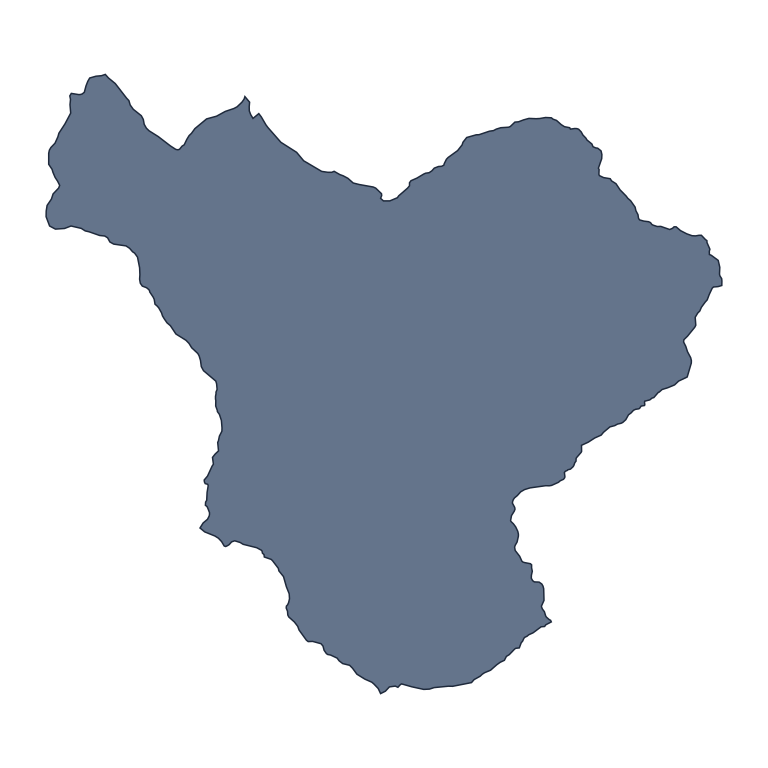 Sombey, Ha, Bhutan
{"feature_id": "84629894B88569366969401", "entity_name": "Sombey", "entity_type": "district", "adm_level": 2, "iso_a3": "BTN", "parent_name": "Bhutan", "parent_adm1": "Ha", "projection": "mercator", "projection_center": [89.094, 27.205], "detail": "fine", "context": "isolated", "style": "filled", "palette": "slate", "viewbox_px": 768, "rotation_deg": 0, "n_neighbors": 0, "source": "geoboundaries", "source_scale": "gbopen_adm2", "svg_char_len": 6074}
<svg xmlns="http://www.w3.org/2000/svg" viewBox="0 0 768 768"><path d="M155.0,304.2L157.0,305.9L158.7,307.8L161.5,312.8L162.5,315.9L164.3,318.9L167.0,322.8L170.4,325.7L175.9,334.0L186.0,340.3L189.0,343.4L191.7,347.8L197.8,353.5L199.1,355.8L200.5,360.5L201.3,366.6L203.5,370.7L215.8,381.1L216.6,383.8L217.1,389.4L216.0,392.1L216.0,393.9L215.5,396.3L215.5,399.1L215.8,400.4L215.7,406.0L217.3,410.4L217.4,411.6L219.4,414.4L221.4,420.5L222.0,427.9L221.9,431.2L219.4,436.1L218.4,440.9L217.7,442.4L218.5,450.9L215.1,454.1L212.5,457.4L213.4,464.2L212.1,466.1L207.5,476.1L204.2,480.0L204.4,481.9L205.2,483.6L207.7,484.3L208.2,485.7L207.1,492.3L206.7,500.3L205.6,502.1L205.4,505.3L207.0,506.5L207.8,508.2L209.5,512.6L209.5,514.4L209.2,516.0L207.5,519.3L203.1,523.0L200.0,528.0L204.7,531.9L214.9,536.0L218.4,538.2L221.6,541.6L224.2,546.0L225.7,546.5L227.6,545.6L229.2,544.6L231.6,541.9L234.7,540.8L240.2,542.5L243.1,544.3L256.7,547.7L261.3,550.2L262.1,551.2L262.4,553.1L264.0,554.6L264.3,557.0L271.2,559.4L272.6,560.8L278.3,568.3L278.9,570.9L283.5,576.6L286.4,586.8L289.2,593.8L289.5,598.8L288.6,602.6L287.6,604.8L286.4,606.1L286.2,608.0L287.5,611.2L287.8,615.0L288.8,617.0L294.4,622.0L297.7,626.3L299.1,630.1L306.4,640.2L308.2,641.6L312.6,641.4L321.0,643.7L323.0,646.1L324.1,650.3L326.4,653.6L327.7,654.5L330.5,655.0L337.1,658.1L339.1,660.8L342.7,663.6L349.6,665.3L352.5,668.2L356.9,674.2L364.8,679.1L371.8,682.2L373.9,684.0L378.2,688.5L380.6,693.6L385.4,691.2L389.4,686.9L395.3,686.1L397.9,687.3L400.4,684.6L401.6,683.9L411.8,686.8L423.7,689.4L429.5,689.1L434.1,687.6L448.5,686.2L452.7,686.3L471.5,682.6L474.1,679.6L480.2,676.2L482.3,674.2L484.6,672.7L490.6,670.2L496.7,664.8L500.2,662.3L504.4,660.3L506.4,656.4L509.3,654.6L514.7,649.0L515.8,648.3L519.3,647.9L521.2,642.8L522.6,641.2L523.9,638.3L524.8,637.3L527.1,636.2L528.7,634.8L533.1,632.8L541.1,626.8L544.6,626.5L545.8,624.8L551.3,621.9L550.6,620.3L549.1,619.5L546.4,617.1L545.7,616.0L544.4,611.7L542.4,609.0L541.5,606.8L541.5,606.0L544.0,600.4L543.7,588.7L543.0,586.1L541.8,584.0L539.1,582.1L534.3,581.9L532.6,580.6L531.3,578.2L531.4,575.3L532.3,571.3L531.6,567.8L531.6,564.8L530.4,563.7L524.7,562.6L523.0,562.1L521.9,561.2L519.7,556.3L515.2,550.5L514.6,547.1L515.2,545.3L517.1,542.0L518.4,536.1L518.4,534.1L517.8,531.4L515.7,526.9L513.4,523.8L510.9,521.4L510.6,520.5L511.5,515.6L514.3,511.1L515.0,509.2L514.7,507.4L512.4,503.1L512.7,501.2L513.4,499.5L514.5,497.9L517.3,495.6L520.6,491.9L524.5,489.6L530.0,487.9L545.7,485.7L549.3,485.8L551.6,485.4L558.5,482.3L560.2,480.8L563.5,479.3L564.7,477.7L564.9,476.6L564.4,472.5L565.3,471.3L567.3,470.4L567.8,469.8L570.5,469.1L573.0,466.8L573.8,465.6L574.8,462.7L576.0,461.2L576.1,458.4L576.6,457.6L581.1,452.4L581.6,451.4L581.5,445.3L588.4,442.1L594.7,438.0L601.2,435.1L603.5,432.3L609.9,426.9L614.8,425.6L617.5,424.1L621.0,423.3L622.7,422.5L625.8,419.7L628.5,414.8L631.0,413.0L633.5,410.3L635.6,409.3L638.9,408.8L639.7,408.2L641.1,406.1L644.5,405.5L644.8,404.8L644.5,402.1L644.7,401.2L649.8,399.9L652.2,398.0L653.8,397.6L658.4,392.3L659.2,392.1L662.1,389.5L667.6,387.8L674.6,384.9L678.6,381.1L687.2,377.0L691.3,363.1L691.4,360.7L690.7,357.7L687.5,351.7L685.8,346.4L683.6,342.0L683.9,339.7L687.5,336.2L694.8,327.2L695.8,325.2L695.2,317.3L697.7,313.1L699.8,311.0L701.4,307.3L705.2,302.1L707.2,299.9L709.2,294.6L712.2,288.2L713.5,287.0L718.1,286.6L721.8,285.5L721.9,281.0L721.7,278.7L719.9,275.8L719.5,274.2L719.8,267.3L718.2,260.4L711.3,255.3L709.4,254.5L709.3,251.4L709.9,249.2L707.0,242.6L706.9,240.6L705.5,239.6L701.4,235.3L698.9,235.3L695.5,235.9L692.0,235.7L686.7,233.8L680.5,230.6L676.1,226.8L674.1,226.8L672.5,228.3L669.7,229.5L660.8,226.4L657.2,226.5L653.3,225.2L651.9,224.5L650.5,222.6L648.6,221.7L643.8,221.1L639.6,219.9L638.5,218.3L638.0,214.7L635.9,210.7L635.1,207.1L630.6,200.7L627.8,198.3L626.2,196.1L620.1,189.9L616.0,183.7L611.6,180.9L610.2,178.7L603.6,177.6L599.4,175.6L598.9,174.4L599.1,169.5L598.4,168.2L601.7,158.7L601.9,154.6L601.1,151.0L600.6,150.5L597.7,148.2L595.7,147.9L593.0,146.7L591.9,144.0L587.0,140.0L585.8,138.0L582.9,135.0L581.2,131.9L578.6,129.2L576.8,128.6L574.8,128.5L570.4,129.1L569.7,127.7L564.5,126.7L561.2,124.6L556.5,120.4L553.1,119.2L551.4,117.8L545.6,117.5L539.8,118.5L536.1,118.7L528.9,118.4L523.5,119.9L518.5,121.8L514.9,122.1L510.3,126.5L508.6,127.2L500.8,127.7L496.3,129.1L493.5,130.6L489.4,131.2L479.0,134.7L476.2,134.8L466.7,137.5L463.0,142.2L462.1,144.9L457.6,150.6L448.1,157.5L446.4,159.3L444.3,163.5L443.8,165.2L441.6,166.3L438.5,166.5L434.3,168.1L431.9,170.8L429.1,172.7L425.6,173.2L423.8,174.0L416.9,178.1L411.0,180.7L409.5,182.7L409.5,185.8L407.5,188.2L398.7,195.8L397.4,197.7L389.8,200.9L383.4,200.9L380.6,198.3L381.7,195.6L381.5,193.7L375.7,188.1L373.2,187.0L359.2,184.5L353.2,183.0L347.9,178.3L343.2,175.8L339.9,174.6L334.1,171.3L331.8,172.3L327.9,172.3L321.7,171.4L303.7,160.8L296.6,152.3L280.9,142.3L267.9,127.5L265.9,124.8L261.3,116.9L258.8,113.6L253.0,118.4L250.7,114.6L249.3,110.9L249.2,106.7L249.6,102.2L244.9,96.6L244.1,99.1L242.0,102.1L237.1,106.8L233.9,108.5L225.3,111.4L216.5,116.2L206.6,118.9L194.9,128.6L191.5,133.3L189.1,135.6L186.8,139.4L184.2,144.8L182.1,146.1L179.5,149.3L177.9,149.8L175.8,149.4L170.4,145.9L158.3,136.6L149.1,130.8L146.4,128.2L144.2,124.3L143.3,119.4L141.3,115.7L133.3,109.3L130.2,105.0L128.9,100.6L126.7,98.3L115.3,83.6L108.4,77.9L105.3,74.4L101.5,75.7L96.0,76.2L89.7,78.0L87.8,81.3L86.0,85.9L84.3,92.3L82.1,94.0L80.4,94.5L78.8,94.6L71.3,93.4L69.8,95.9L70.5,99.4L70.0,104.7L70.7,113.1L64.9,124.0L58.9,133.2L57.9,136.8L55.0,143.2L50.9,147.5L49.4,150.1L48.7,153.3L48.7,164.3L52.1,169.4L52.9,172.2L55.1,177.4L57.6,181.2L59.7,185.4L58.6,188.1L53.1,193.9L51.4,199.1L47.1,205.4L46.2,211.0L46.1,216.7L49.6,226.0L55.4,229.1L64.5,228.5L71.0,226.0L81.3,228.4L85.2,230.9L89.1,231.8L99.7,235.5L104.7,236.0L107.6,237.8L109.9,242.0L113.7,244.1L126.0,245.9L129.6,248.3L132.6,251.8L134.6,253.1L137.5,257.1L139.6,267.8L139.9,274.7L139.6,279.2L140.3,283.2L142.3,286.1L146.5,287.7L148.8,289.6L149.6,290.9L149.7,291.9L153.1,297.0L154.2,299.3L155.0,304.2Z" fill="#64748b" stroke="#1e293b" stroke-width="1.5"/></svg>